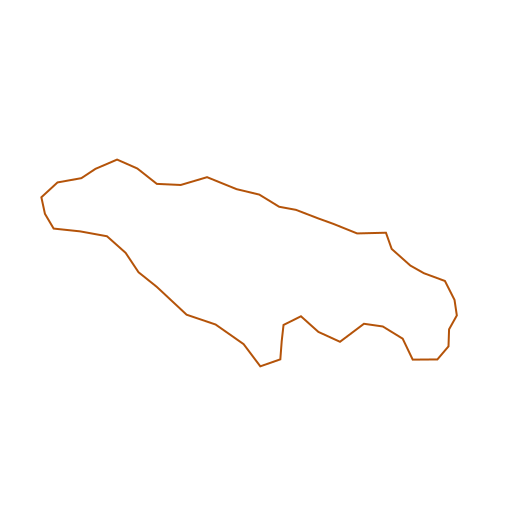 the district of Templos, Cyprus, rotated 125°
{"feature_id": "46923920B79471002373027", "entity_name": "Templos", "entity_type": "district", "adm_level": 2, "iso_a3": "CYP", "parent_name": "Cyprus", "parent_adm1": "", "projection": "equal_earth", "projection_center": [33.291, 35.33], "detail": "fine", "context": "isolated", "style": "outline", "palette": "amber", "viewbox_px": 512, "rotation_deg": 125, "n_neighbors": 0, "source": "geoboundaries", "source_scale": "gbopen_adm2", "svg_char_len": 758}
<svg xmlns="http://www.w3.org/2000/svg" viewBox="0 0 512 512"><g transform="rotate(125 256 256)"><path d="M162.4,162.9L179.5,186.1L185.3,211.0L189.5,226.5L195.3,249.8L202.4,265.3L203.8,288.5L212.4,310.3L219.5,341.3L241.0,358.4L253.8,378.6L252.4,403.4L256.7,425.1L276.7,437.5L292.4,443.7L309.6,460.8L331.0,465.5L342.5,453.1L349.6,437.5L336.7,414.2L325.3,389.4L328.2,364.6L336.7,342.9L338.2,319.6L343.9,279.2L335.3,249.8L335.3,215.6L343.9,189.2L326.7,176.8L311.0,186.1L296.7,193.9L282.9,186.4L279.6,184.6L281.3,170.5L282.4,161.3L278.1,138.0L249.6,128.7L241.0,111.7L239.6,88.4L251.0,68.2L236.7,48.1L219.6,46.5L205.3,55.8L189.5,57.4L178.1,68.2L168.1,86.9L173.8,108.6L175.3,124.1L172.4,148.9L162.4,162.9Z" fill="none" stroke="#b45309" stroke-width="2"/></g></svg>